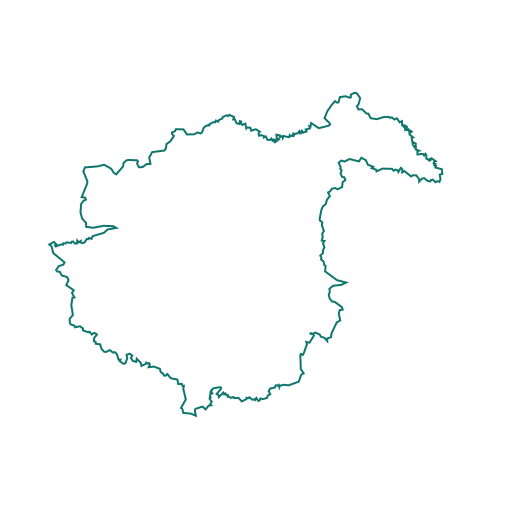 the district of Tsiroanomandidy, Bongolava, Madagascar, rotated 78°
{"feature_id": "10022922B70813515121555", "entity_name": "Tsiroanomandidy", "entity_type": "district", "adm_level": 2, "iso_a3": "MDG", "parent_name": "Madagascar", "parent_adm1": "Bongolava", "projection": "albers", "projection_center": [45.919, -18.728], "detail": "fine", "context": "isolated", "style": "outline", "palette": "teal", "viewbox_px": 512, "rotation_deg": 78, "n_neighbors": 0, "source": "geoboundaries", "source_scale": "gbopen_adm2", "svg_char_len": 6087}
<svg xmlns="http://www.w3.org/2000/svg" viewBox="0 0 512 512"><g transform="rotate(78 256 256)"><path d="M292.9,440.6L295.8,435.8L295.5,434.5L298.6,433.0L297.6,430.3L298.9,428.4L299.9,428.0L302.2,431.1L305.4,432.3L306.8,430.7L308.5,431.0L310.0,426.8L314.7,426.4L318.1,424.4L318.7,422.7L317.7,418.5L320.7,416.0L320.7,414.1L323.1,412.5L328.9,411.9L329.2,410.1L330.6,411.1L334.0,407.9L333.7,406.0L329.2,403.2L325.7,403.1L325.3,399.8L327.7,397.7L329.8,399.6L333.1,398.2L334.6,395.2L331.7,394.0L336.6,390.9L339.7,390.9L338.6,386.1L337.5,385.5L338.7,384.3L338.4,382.9L339.9,382.3L342.5,384.1L342.9,379.1L346.3,373.5L349.8,373.3L351.9,371.2L353.7,371.0L354.3,369.4L353.0,367.3L357.9,364.7L360.5,358.6L365.1,358.7L365.6,355.2L367.6,355.0L367.9,353.5L370.5,354.7L381.7,354.5L389.0,360.9L390.2,359.9L394.4,359.7L396.5,352.8L399.7,348.0L395.1,348.0L393.3,347.4L392.8,346.0L392.2,339.5L395.6,337.2L392.5,333.4L392.7,330.9L391.5,331.6L389.3,329.6L386.0,331.1L384.9,329.8L384.3,330.5L380.1,328.8L381.4,328.5L381.4,327.4L379.5,327.9L377.5,326.9L376.6,325.3L376.7,319.3L377.4,317.6L378.8,318.0L382.8,323.2L384.2,321.6L386.3,321.7L382.8,316.4L384.7,315.9L384.1,314.5L385.6,314.1L385.9,312.6L387.8,312.9L387.7,311.8L389.5,310.1L389.2,307.5L390.4,306.9L391.2,302.6L395.3,300.1L394.0,295.2L392.7,294.7L393.5,293.2L392.8,291.9L395.9,289.3L395.7,287.6L396.7,286.9L394.9,285.2L398.2,283.9L398.1,282.5L396.3,281.3L397.4,279.1L397.2,275.0L394.8,273.2L394.1,270.8L390.9,271.7L388.5,269.6L388.6,265.0L386.6,263.5L387.3,262.3L386.7,260.6L389.1,260.4L387.8,259.7L387.8,255.3L389.3,251.0L387.8,240.3L381.6,236.5L380.7,233.8L375.9,235.7L361.9,233.2L361.1,232.2L362.5,230.9L361.2,229.6L352.9,224.5L350.5,224.7L351.9,221.7L345.9,215.9L344.2,216.2L343.7,218.5L342.5,219.4L343.9,216.8L343.3,213.7L346.1,210.0L348.4,209.3L350.2,206.2L354.0,204.0L351.5,203.5L351.0,199.5L347.5,198.3L337.7,190.8L336.6,187.0L329.5,187.0L326.3,185.3L326.5,182.4L324.0,182.5L317.1,188.7L316.5,190.9L312.9,192.8L309.0,192.9L306.5,191.3L303.4,191.0L301.1,186.8L302.0,178.7L300.7,173.3L296.5,181.8L285.4,191.6L280.3,190.0L278.9,191.1L275.5,191.1L272.9,193.1L271.1,192.3L269.1,193.1L266.9,189.8L264.5,189.4L261.6,187.2L257.6,187.9L255.5,185.9L254.6,188.5L251.0,186.7L247.9,186.6L245.6,184.4L239.7,185.2L236.7,184.1L234.7,186.1L233.2,186.1L224.3,182.4L221.1,179.9L219.9,177.1L215.6,174.8L212.8,171.3L208.8,172.3L208.3,170.2L206.0,167.8L206.0,164.5L207.7,162.3L206.5,157.4L201.9,156.0L200.3,152.8L197.4,153.2L196.5,155.4L192.9,156.1L189.9,154.4L188.1,155.5L186.5,154.7L182.0,155.8L180.4,152.7L182.0,149.8L180.6,144.3L184.9,135.6L181.8,132.5L185.2,128.6L190.0,127.6L193.1,122.8L194.1,124.6L196.5,120.6L198.3,120.5L196.8,114.1L199.0,104.9L201.2,103.6L200.5,101.5L201.7,99.5L203.4,99.3L199.3,95.5L200.5,95.9L201.6,94.8L204.6,95.6L203.8,93.2L210.5,87.7L209.6,86.1L210.5,82.4L214.8,80.5L217.1,80.9L214.9,77.8L214.8,75.3L218.4,72.4L219.3,69.9L218.1,69.2L218.0,67.1L221.2,65.1L220.5,63.3L221.6,61.2L219.3,59.6L214.5,59.3L214.5,56.7L209.8,56.2L206.7,62.2L205.2,61.2L204.4,62.7L203.2,61.4L202.3,63.0L200.7,62.0L200.6,60.6L197.6,63.3L199.1,67.4L197.2,65.6L197.5,67.4L196.1,69.2L192.8,68.4L191.2,69.1L192.7,70.7L190.9,71.4L190.2,77.0L187.0,76.3L186.9,74.7L184.8,77.7L182.7,77.0L182.4,78.5L181.3,78.6L181.5,77.1L179.4,76.3L177.8,78.1L179.0,79.4L172.9,79.2L172.7,77.7L168.9,80.6L167.7,80.3L166.7,77.9L165.5,79.0L166.0,80.3L162.9,80.5L164.6,81.1L164.0,82.8L162.4,82.1L163.5,83.8L160.8,83.6L160.4,82.3L159.6,82.9L160.2,84.6L159.0,85.4L159.2,83.3L158.4,85.7L154.4,85.2L155.1,87.7L150.6,89.5L151.3,92.2L148.6,94.5L148.7,96.3L147.6,97.1L146.6,101.7L147.3,109.3L145.1,115.1L140.1,116.6L139.6,118.3L134.4,121.9L134.0,125.3L130.7,126.2L128.7,124.0L123.2,121.3L117.7,123.6L116.9,126.0L117.9,129.7L120.5,130.3L120.7,131.4L118.4,135.1L118.0,140.9L122.9,143.4L122.8,144.9L121.0,146.6L124.2,150.8L129.3,156.2L135.5,160.3L141.3,156.4L142.8,156.2L143.7,158.2L144.0,168.0L137.4,174.4L140.6,175.7L139.9,176.8L142.4,176.8L142.6,181.1L144.6,180.6L145.1,184.0L144.1,184.5L144.9,185.3L143.2,185.5L145.0,187.4L143.0,187.8L144.6,189.5L144.6,192.7L146.6,194.4L146.1,195.2L145.7,194.2L144.3,194.4L145.8,195.6L146.0,197.6L144.9,197.9L146.7,199.0L144.4,204.1L145.8,205.1L144.3,205.0L144.7,208.0L143.1,207.4L141.6,210.8L145.5,211.2L146.6,209.4L148.7,213.8L147.3,214.7L146.2,213.3L145.6,215.1L146.4,215.9L144.3,216.7L145.4,218.2L144.7,220.7L141.0,221.6L141.6,223.5L140.6,223.1L139.0,225.4L138.9,228.1L136.7,228.0L135.3,226.4L132.0,229.8L132.4,234.7L129.3,234.9L128.5,238.1L129.2,239.0L124.3,238.9L125.0,242.1L123.4,242.6L123.4,243.9L121.4,242.6L120.7,243.7L123.2,244.8L122.1,247.5L117.6,248.4L117.6,249.8L115.4,248.6L112.4,252.8L113.4,254.0L112.3,255.3L113.2,259.7L114.5,260.3L115.2,263.7L116.8,265.2L115.2,267.0L116.8,268.2L116.2,269.9L117.7,274.9L118.5,274.7L118.2,277.9L119.8,280.6L123.9,283.1L124.6,284.8L123.0,287.6L124.1,291.3L122.7,298.3L117.1,300.6L115.3,308.0L117.1,309.3L117.7,312.5L119.1,312.8L121.5,311.3L126.0,315.9L127.9,320.3L132.1,321.8L133.8,323.7L132.8,336.0L137.6,340.0L144.0,340.1L143.4,344.1L145.5,348.5L144.8,352.1L140.9,353.1L138.9,351.8L137.7,352.4L135.5,360.8L135.6,363.2L137.4,366.1L140.8,367.5L147.1,375.7L145.4,377.6L140.4,379.6L135.2,385.6L135.4,392.3L133.8,404.9L137.4,407.3L147.8,405.4L150.1,406.1L162.2,414.3L163.4,411.0L165.5,410.6L166.2,413.4L168.7,416.2L176.8,418.6L183.1,418.3L188.2,415.4L192.2,416.0L194.5,409.5L194.8,398.7L197.2,389.4L199.5,386.8L199.2,395.6L201.7,399.9L202.6,411.6L205.0,413.3L203.6,415.6L204.7,416.6L204.1,417.9L207.1,420.9L207.3,423.2L206.3,424.7L204.9,424.3L205.8,426.5L203.7,427.6L206.5,428.6L206.2,430.6L203.9,431.7L203.6,433.0L204.8,434.2L203.3,438.2L204.1,439.5L203.5,441.9L204.8,442.4L204.2,444.5L205.0,450.0L203.7,450.4L203.3,448.7L200.2,450.7L201.8,455.8L203.9,454.0L211.0,453.7L222.4,444.6L224.4,446.2L224.9,451.0L228.1,454.5L229.9,453.6L230.6,451.2L234.7,450.1L237.3,445.1L240.6,444.4L245.1,447.6L251.6,441.4L253.9,443.7L258.7,442.2L258.6,444.2L265.8,446.9L275.7,447.4L278.6,451.3L282.6,452.0L284.4,451.5L286.4,448.0L288.1,447.8L288.1,442.8L290.9,440.3L292.9,440.6Z" fill="none" stroke="#0f766e" stroke-width="2"/></g></svg>